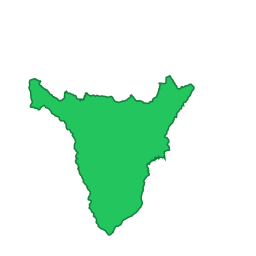 Mae Ai, Chiang Mai, Thailand (orthographic projection), rotated 243°
{"feature_id": "78962969B45040254304156", "entity_name": "Mae Ai", "entity_type": "district", "adm_level": 2, "iso_a3": "THA", "parent_name": "Thailand", "parent_adm1": "Chiang Mai", "projection": "orthographic", "projection_center": [99.393, 19.961], "detail": "fine", "context": "isolated", "style": "filled", "palette": "green", "viewbox_px": 256, "rotation_deg": 243, "n_neighbors": 0, "source": "geoboundaries", "source_scale": "gbopen_adm2", "svg_char_len": 5788}
<svg xmlns="http://www.w3.org/2000/svg" viewBox="0 0 256 256"><g transform="rotate(243 128 128)"><path d="M132.4,203.7L133.6,204.9L135.1,205.3L136.3,204.5L137.9,204.4L138.8,203.4L138.9,202.5L138.7,201.7L138.9,199.2L139.5,198.6L139.0,195.9L139.3,195.4L140.3,195.1L140.5,194.6L140.3,194.1L139.5,193.1L139.5,191.4L140.6,190.2L141.3,190.0L143.7,190.3L145.0,189.6L145.8,189.9L146.4,189.5L147.3,190.0L148.9,189.2L149.6,189.7L150.3,189.7L152.7,189.0L155.1,189.2L155.5,189.0L155.5,186.3L155.8,185.2L155.3,184.7L151.6,182.7L150.9,181.6L151.0,180.5L153.5,176.8L153.6,176.0L152.5,176.3L151.5,176.1L151.2,175.9L150.9,175.0L149.0,174.3L148.7,173.1L148.1,173.0L146.9,171.8L145.9,171.2L145.5,170.3L144.3,169.4L144.1,168.6L143.6,168.5L142.9,167.8L142.7,166.2L143.0,165.4L142.4,164.2L142.4,162.9L140.8,162.3L140.5,161.9L141.4,160.0L140.9,159.6L141.2,158.8L140.5,158.3L140.5,157.7L140.8,157.0L141.6,156.0L141.8,154.8L142.5,154.6L143.4,153.1L144.4,153.2L145.6,152.4L146.0,151.5L147.1,150.9L147.4,149.5L147.9,148.8L147.7,148.3L148.2,148.3L148.9,147.3L150.1,147.3L151.3,146.8L152.8,147.0L153.8,146.5L155.7,146.1L155.9,145.0L155.0,144.6L154.5,144.1L154.2,143.2L154.2,141.5L153.5,140.3L153.7,139.2L153.6,136.6L154.5,135.6L154.5,134.0L155.0,131.4L156.9,129.3L158.3,128.2L162.5,128.1L163.9,127.2L164.3,124.3L165.2,123.5L165.8,122.4L166.8,121.7L167.3,120.5L168.3,119.6L169.1,117.0L169.8,116.2L170.4,116.0L171.1,115.1L171.3,114.6L171.0,113.4L173.0,112.1L173.3,109.7L173.8,109.5L173.8,109.0L174.5,108.4L175.0,108.3L176.3,107.2L177.2,107.5L177.7,107.3L178.3,106.5L178.2,105.7L177.9,105.6L177.4,106.0L177.2,105.3L176.0,104.6L176.2,104.2L175.8,104.1L176.2,103.8L175.5,103.3L175.3,102.8L174.9,102.7L174.6,102.2L174.0,102.0L174.3,101.6L174.1,101.1L173.3,101.2L173.3,100.8L173.7,100.3L175.1,99.4L174.0,98.6L174.0,97.8L174.9,97.6L175.6,97.9L175.9,97.7L176.6,96.3L177.5,95.6L178.4,96.0L180.1,96.1L180.7,95.9L181.1,95.5L181.4,94.5L182.6,94.3L184.2,92.6L185.2,92.2L186.1,90.4L188.7,89.7L188.5,89.3L188.2,89.5L187.7,89.2L188.0,88.5L188.5,88.3L187.8,87.3L186.3,86.7L185.3,85.7L184.7,85.8L183.4,84.8L183.4,83.6L183.0,83.1L183.1,82.8L182.6,81.9L183.1,81.0L182.8,80.4L183.3,80.1L183.3,79.2L184.1,78.6L184.5,78.8L185.3,78.3L185.8,78.4L185.8,78.1L187.5,77.5L188.3,76.6L189.2,76.4L190.0,75.4L192.2,75.2L192.6,74.6L193.5,74.0L195.2,73.6L196.2,73.7L196.7,73.2L197.4,73.4L197.8,73.1L198.5,73.1L199.2,72.7L199.1,71.9L200.2,71.9L200.9,71.1L201.3,71.0L201.3,70.7L202.3,70.7L203.5,70.2L203.6,69.9L204.9,69.9L205.2,69.4L206.2,68.9L206.7,69.0L206.9,68.8L207.8,69.2L207.9,69.6L208.3,69.6L209.1,71.3L209.7,71.3L210.1,70.1L210.7,70.0L210.7,69.7L211.4,69.3L211.8,68.7L212.3,68.8L214.2,67.4L214.9,63.6L215.0,62.5L214.9,62.2L213.3,60.7L211.5,60.3L208.7,58.0L206.9,57.7L204.6,57.7L198.2,55.0L194.7,54.7L194.0,54.1L193.1,52.4L191.8,50.9L191.0,50.7L190.5,51.0L189.5,52.9L187.4,54.6L186.8,55.9L184.6,56.7L184.8,58.3L185.5,58.9L186.2,61.0L186.3,63.2L185.9,63.8L183.3,64.1L182.2,65.5L180.2,66.5L177.7,66.9L175.8,66.7L173.1,68.5L172.0,68.6L169.3,71.3L168.3,71.3L166.8,70.9L165.1,71.2L163.6,73.8L162.7,74.4L161.4,74.1L159.2,74.6L156.6,73.2L154.5,73.2L154.1,73.3L153.6,74.5L152.7,75.3L149.9,75.2L147.9,76.3L146.9,75.1L146.3,74.9L144.7,75.5L143.1,75.4L142.1,75.7L139.4,75.0L137.6,72.8L134.2,70.9L133.4,70.9L132.4,71.5L131.0,71.3L128.8,72.0L127.7,69.8L126.2,68.4L125.0,68.2L123.7,69.0L123.5,67.7L122.8,66.5L121.4,65.9L120.3,65.8L119.1,66.5L116.8,66.6L115.8,66.1L114.8,66.3L114.9,65.2L114.1,64.7L112.3,65.3L111.4,64.7L110.1,64.6L109.4,64.1L108.7,64.5L107.9,64.2L106.4,64.8L104.2,64.5L102.0,64.7L100.4,63.6L99.2,64.0L97.8,64.1L97.2,64.6L95.4,64.9L94.2,64.8L93.6,64.5L93.2,64.9L92.8,64.6L91.0,64.5L89.7,65.2L88.0,65.2L86.2,64.3L83.8,60.9L82.5,60.2L82.0,60.1L81.4,61.1L80.6,61.4L80.0,62.2L78.9,61.8L78.2,61.0L77.8,59.5L77.2,58.7L75.9,58.8L74.8,57.3L74.0,57.0L73.1,57.6L72.1,57.8L69.2,57.7L68.1,58.5L67.0,58.8L65.1,57.2L64.5,57.4L64.2,58.1L63.6,58.0L62.8,58.5L60.5,58.3L59.9,57.9L59.1,57.8L58.8,56.9L58.0,56.8L55.4,57.6L53.9,56.8L50.3,58.4L49.1,59.7L46.6,61.2L42.7,61.9L41.2,62.4L41.0,63.7L41.7,66.7L42.3,67.1L42.0,67.7L43.0,68.5L44.9,70.8L45.8,72.6L45.0,74.8L45.2,77.8L48.1,81.6L48.0,83.9L48.2,85.1L48.2,89.2L47.9,91.9L48.6,93.3L49.0,97.0L49.5,97.8L49.9,99.5L50.9,100.9L51.8,103.6L54.4,106.7L59.3,107.7L60.2,108.1L63.8,111.1L65.1,112.9L67.1,114.1L68.5,114.4L69.3,115.9L70.0,116.3L70.4,116.9L71.6,117.6L72.0,118.1L73.1,117.7L73.7,117.9L75.6,120.9L75.6,121.7L76.2,122.4L76.6,123.9L76.4,124.6L76.6,125.5L77.0,125.8L78.0,126.2L79.4,125.7L80.4,127.1L81.5,126.8L82.9,127.8L84.1,127.4L85.0,127.8L85.4,127.6L87.1,128.4L87.0,129.1L87.5,129.6L87.4,129.9L86.4,130.1L86.0,130.6L87.4,131.7L87.2,132.3L87.7,132.5L87.6,133.2L88.4,134.5L87.5,135.0L87.5,135.5L88.1,135.5L88.0,136.2L87.1,136.9L87.6,137.0L87.6,138.0L87.9,137.7L88.2,138.3L88.5,138.1L89.2,138.4L88.9,138.9L89.4,139.2L89.1,139.5L88.6,139.2L87.9,139.5L88.3,139.9L87.9,140.1L87.6,140.8L88.2,140.7L88.2,141.1L87.8,141.4L86.7,141.5L86.9,141.9L87.3,141.8L87.7,142.0L87.5,142.6L88.1,142.6L87.8,142.8L87.8,143.1L87.4,143.2L87.1,143.9L85.7,145.2L85.9,146.5L83.8,146.9L89.4,149.0L90.4,149.7L90.3,150.7L90.5,152.2L89.7,153.8L89.5,154.9L92.4,156.1L92.7,155.6L93.8,155.9L95.0,155.3L96.5,156.8L96.8,157.9L97.1,158.2L98.9,158.8L101.6,158.3L103.3,156.7L104.3,157.0L105.3,160.0L107.4,161.0L107.6,162.0L108.5,163.2L110.4,164.7L111.2,166.4L111.1,167.0L112.0,168.2L112.2,169.9L113.3,171.2L114.0,171.5L114.3,172.5L116.2,174.0L116.5,174.6L116.3,175.2L115.5,175.6L115.5,176.1L116.4,176.4L117.6,177.6L118.5,177.5L118.8,177.9L119.6,179.7L119.6,180.2L120.1,180.6L120.1,181.6L120.9,182.4L121.3,183.2L121.0,184.4L123.2,186.0L123.0,187.3L122.6,187.7L124.3,188.2L125.1,188.9L125.3,190.1L124.9,191.2L125.8,192.5L126.4,194.3L127.7,195.1L128.7,198.0L131.7,201.7L132.3,202.9L132.4,203.7Z" fill="#22c55e" stroke="#15803d" stroke-width="1.5"/></g></svg>